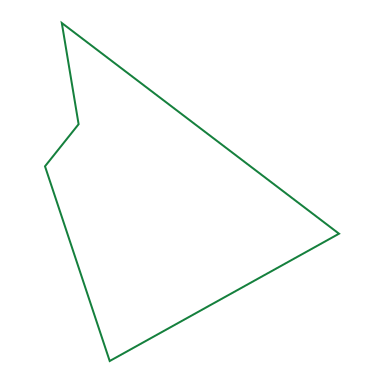 SVG path tracing the border of Les Mamelles
{"feature_id": "SYC-5221", "entity_name": "Les Mamelles", "entity_type": "state/province", "adm_level": 1, "iso_a3": "SYC", "parent_name": "Seychelles", "parent_adm1": "", "projection": "mercator", "projection_center": [55.479, -4.656], "detail": "fine", "context": "isolated", "style": "outline", "palette": "green", "viewbox_px": 384, "rotation_deg": 0, "n_neighbors": 0, "source": "natural_earth", "source_scale": "10m", "svg_char_len": 207}
<svg xmlns="http://www.w3.org/2000/svg" viewBox="0 0 384 384"><path d="M109.7,361.0L45.0,166.3L78.6,124.2L61.8,23.0L339.0,233.7L209.8,305.4L109.7,361.0Z" fill="none" stroke="#15803d" stroke-width="2"/></svg>